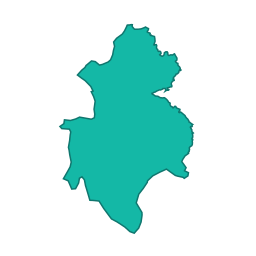 outline of Jo River, River Cess, Liberia, rotated 100°
{"feature_id": "62588387B78382325144882", "entity_name": "Jo River", "entity_type": "district", "adm_level": 2, "iso_a3": "LBR", "parent_name": "Liberia", "parent_adm1": "River Cess", "projection": "albers", "projection_center": [-9.507, 6.035], "detail": "fine", "context": "isolated", "style": "filled", "palette": "teal", "viewbox_px": 256, "rotation_deg": 100, "n_neighbors": 0, "source": "geoboundaries", "source_scale": "gbopen_adm2", "svg_char_len": 4002}
<svg xmlns="http://www.w3.org/2000/svg" viewBox="0 0 256 256"><g transform="rotate(100 128 128)"><path d="M230.5,103.6L227.5,101.8L224.8,100.1L218.3,98.8L212.2,99.0L211.0,99.1L208.8,99.6L203.8,103.9L200.3,106.9L197.7,106.6L191.3,105.9L189.8,105.1L187.1,103.7L185.1,102.6L178.7,99.8L178.3,99.6L176.6,99.6L170.8,95.3L167.8,91.4L165.8,88.8L163.9,86.0L161.8,83.0L166.5,73.2L166.8,70.7L167.0,65.2L167.8,63.9L164.8,60.7L161.5,60.7L160.3,64.9L157.0,63.9L154.5,66.4L151.8,69.2L149.6,68.7L145.6,67.0L142.5,64.0L141.9,64.5L141.3,64.3L140.7,63.7L139.6,63.9L138.8,63.6L136.9,64.2L135.7,63.6L134.3,62.1L133.9,62.0L132.9,61.8L131.2,62.0L129.7,62.5L128.6,62.2L128.3,62.3L128.0,62.3L127.9,62.8L127.8,63.2L127.7,63.2L127.0,63.1L126.8,63.1L126.1,62.7L124.8,62.8L124.6,62.9L123.6,63.1L122.3,63.8L122.1,63.3L121.8,63.0L121.6,62.8L121.4,63.1L121.0,63.6L120.6,64.4L118.5,64.9L117.8,65.8L117.6,65.7L116.5,66.7L115.8,66.6L115.7,65.4L115.0,65.0L114.6,65.2L114.0,65.5L113.3,65.3L113.2,65.1L112.0,67.7L111.6,68.2L111.6,68.8L110.9,69.1L110.5,69.3L108.8,70.8L108.7,71.0L108.0,72.1L107.4,72.7L107.0,73.3L106.4,73.6L105.8,74.1L104.9,75.7L103.5,78.1L103.1,79.0L103.9,79.9L103.8,80.6L102.9,80.8L101.7,80.1L100.9,80.0L100.6,80.1L100.1,82.5L99.7,83.8L99.4,84.0L98.5,84.7L98.4,85.5L99.0,86.1L99.7,86.5L100.3,87.0L100.3,87.5L99.6,88.0L99.3,88.7L99.3,89.4L98.8,89.9L97.5,90.8L96.8,90.7L96.6,90.7L95.8,91.3L95.9,91.8L95.5,92.6L94.5,93.3L93.3,94.7L92.5,96.0L92.3,96.5L91.9,97.1L91.9,97.8L92.4,99.1L92.5,101.7L91.6,103.9L91.6,104.8L91.8,106.6L91.0,108.1L90.5,109.8L90.1,110.3L89.7,110.4L89.6,109.8L88.4,108.8L87.9,107.5L86.4,105.9L86.3,105.6L84.9,103.5L84.9,102.6L84.1,101.3L83.6,100.6L83.1,100.5L83.0,99.9L82.6,98.3L84.0,97.3L85.2,97.7L84.1,96.5L83.8,94.8L83.3,94.4L82.8,95.6L82.0,96.2L81.7,96.3L81.0,94.7L80.2,93.5L79.9,92.2L79.1,92.0L78.7,92.2L78.2,92.4L78.1,92.6L77.3,93.0L76.8,93.1L76.0,93.1L74.2,92.3L73.1,90.8L72.3,91.1L72.0,92.1L71.4,91.6L70.4,92.0L67.8,90.2L66.7,90.1L66.1,88.8L64.6,87.7L63.1,87.7L62.4,87.2L62.3,86.3L62.0,86.1L61.7,85.9L61.1,87.1L60.7,86.9L60.1,86.9L58.8,87.9L58.0,89.2L57.8,89.5L57.0,89.9L56.5,89.9L55.7,90.1L55.6,91.0L54.7,92.4L54.0,92.9L52.7,91.7L52.1,91.7L51.2,91.9L50.7,91.9L48.9,93.5L47.1,94.9L46.9,95.1L47.3,95.7L47.8,96.2L48.4,96.7L48.4,97.1L48.5,98.6L49.5,100.3L49.0,101.4L47.0,101.9L46.6,102.3L46.2,102.6L46.4,104.0L47.6,105.3L48.7,105.2L49.7,105.2L51.3,106.4L51.4,107.3L50.9,108.5L50.9,108.8L50.3,109.5L49.3,108.6L48.7,108.4L47.4,109.0L46.8,110.0L47.3,111.3L46.7,112.0L45.5,112.4L44.9,113.6L43.4,114.0L41.9,114.0L41.0,114.6L41.2,115.5L41.6,116.1L41.7,116.3L41.6,117.0L40.5,116.8L37.9,116.4L36.4,116.8L35.2,117.1L33.9,117.6L33.3,117.8L33.2,118.8L32.9,121.2L32.6,121.3L32.9,121.9L32.1,122.6L31.2,122.5L30.8,122.7L30.7,122.8L30.5,124.7L30.1,125.7L29.2,125.7L27.7,125.0L26.5,125.1L26.4,125.7L26.0,127.0L25.5,128.3L25.9,128.8L26.3,129.3L28.1,132.3L28.9,134.9L29.1,135.8L29.6,138.8L28.7,139.9L27.9,140.9L27.2,141.5L26.2,141.7L25.5,141.7L25.6,142.8L26.1,144.0L26.4,144.8L26.5,146.0L27.0,146.6L27.1,146.8L27.5,146.7L33.0,148.3L36.5,149.9L41.6,154.8L45.8,157.1L47.8,156.3L49.9,155.4L54.1,155.8L58.6,155.8L63.9,157.0L66.3,158.9L66.5,159.1L69.8,164.2L71.0,167.0L68.3,171.7L68.3,175.6L73.1,179.6L73.6,180.1L75.9,180.9L79.1,183.6L82.0,185.4L84.6,187.0L87.0,182.3L87.5,181.2L88.8,178.4L93.5,171.9L97.7,168.8L98.6,170.5L103.2,167.2L103.4,167.1L107.3,165.0L115.4,164.7L120.2,163.1L121.0,163.1L123.7,162.9L125.7,165.6L125.7,172.5L125.7,177.6L125.8,177.7L128.2,181.1L130.6,186.0L131.0,192.0L134.9,191.9L138.3,195.3L140.1,193.1L139.4,186.3L139.3,185.5L141.8,183.7L145.0,183.7L150.5,183.3L153.5,183.3L154.5,183.3L157.4,183.3L160.2,182.1L164.3,180.8L171.5,178.0L176.2,178.2L181.5,180.0L189.2,182.8L190.4,177.7L197.9,172.8L196.9,169.1L190.8,167.1L185.9,167.1L184.1,164.9L186.5,162.0L189.3,160.9L192.2,159.8L193.9,158.9L200.7,155.5L205.8,153.0L205.4,150.0L205.0,144.7L205.0,143.8L211.5,137.9L220.4,128.5L222.4,122.4L222.7,121.7L226.0,114.0L229.7,108.1L230.5,103.6Z" fill="#14b8a6" stroke="#0f766e" stroke-width="1.5"/></g></svg>